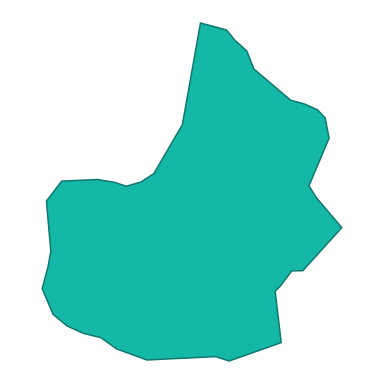 Puconci, Natural Earth projection
{"feature_id": "SVN-929", "entity_name": "Puconci", "entity_type": "Municipality", "adm_level": 1, "iso_a3": "SVN", "parent_name": "Slovenia", "parent_adm1": "", "projection": "natural_earth1", "projection_center": [16.132, 46.76], "detail": "fine", "context": "isolated", "style": "filled", "palette": "teal", "viewbox_px": 384, "rotation_deg": 0, "n_neighbors": 0, "source": "natural_earth", "source_scale": "10m", "svg_char_len": 574}
<svg xmlns="http://www.w3.org/2000/svg" viewBox="0 0 384 384"><path d="M126.2,186.2L141.0,182.0L154.0,173.4L182.4,124.6L200.5,23.0L226.5,30.0L235.0,40.4L246.8,51.0L253.9,69.0L290.6,100.2L304.5,104.0L317.5,109.8L325.2,117.9L329.1,138.2L309.0,185.8L316.4,197.7L341.8,227.6L302.8,270.7L291.8,270.9L280.3,286.1L275.2,291.3L281.2,342.6L229.1,361.0L215.6,356.6L146.9,360.0L116.5,348.9L100.8,337.6L83.7,333.5L67.3,326.1L53.1,314.4L42.2,288.6L48.1,266.5L50.8,251.0L46.4,201.1L61.7,181.1L97.6,179.5L114.4,182.3L126.2,186.2Z" fill="#14b8a6" stroke="#0f766e" stroke-width="1.5"/></svg>